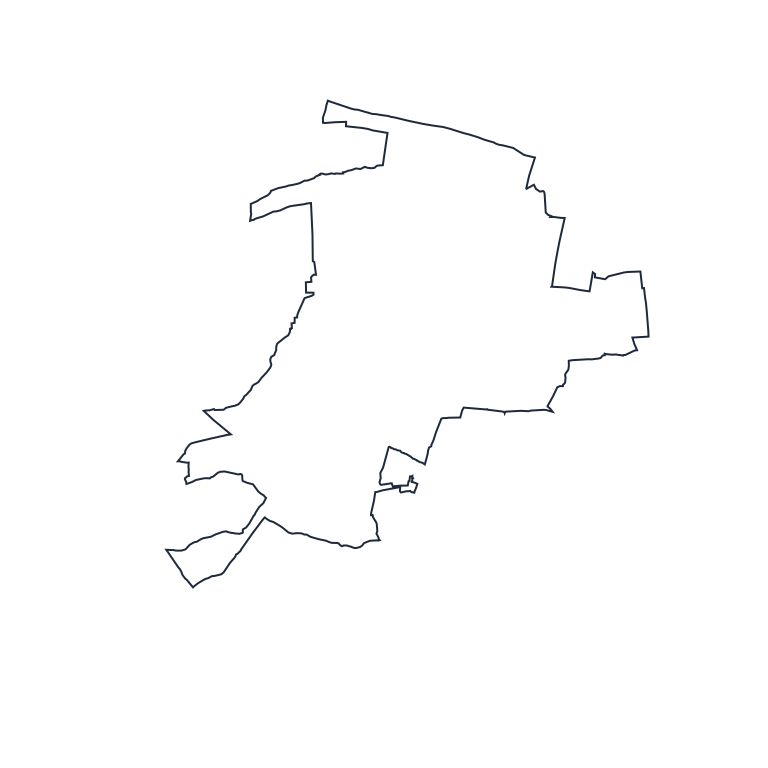 Suletea, Vaslui, Romania (Mercator projection), rotated 300°
{"feature_id": "2599482B74545700533017", "entity_name": "Suletea", "entity_type": "district", "adm_level": 2, "iso_a3": "ROU", "parent_name": "Romania", "parent_adm1": "Vaslui", "projection": "mercator", "projection_center": [27.899, 46.299], "detail": "fine", "context": "isolated", "style": "outline", "palette": "slate", "viewbox_px": 768, "rotation_deg": 300, "n_neighbors": 0, "source": "geoboundaries", "source_scale": "gbopen_adm2", "svg_char_len": 6154}
<svg xmlns="http://www.w3.org/2000/svg" viewBox="0 0 768 768"><g transform="rotate(300 384 384)"><path d="M597.1,561.2L596.0,559.8L609.6,549.8L603.1,539.4L600.6,536.1L589.5,524.6L585.3,523.1L581.8,513.3L584.8,511.8L585.1,509.0L567.0,515.7L563.7,507.6L559.7,496.1L557.8,491.8L552.0,480.4L553.0,480.5L573.3,472.4L583.8,468.6L595.4,464.6L618.1,457.5L616.1,453.7L613.6,447.6L611.9,444.7L613.0,444.9L612.5,441.6L613.3,438.4L629.0,428.0L630.4,426.6L630.6,425.2L628.6,423.0L628.9,418.2L631.5,414.2L624.3,409.8L624.5,409.4L637.1,405.5L655.6,401.5L652.8,392.3L652.4,390.2L653.0,377.8L650.2,368.0L648.7,364.0L648.1,360.7L648.1,358.3L645.8,349.1L644.7,342.1L642.8,333.6L641.1,327.5L638.0,313.5L636.1,306.6L632.5,297.8L628.8,287.8L624.0,273.1L620.3,260.4L618.8,256.4L618.2,253.6L615.5,247.1L613.9,242.6L612.1,239.0L608.4,224.2L606.8,220.7L606.0,217.6L601.8,197.0L601.3,193.7L596.8,194.7L591.5,196.5L584.1,197.9L579.7,200.6L581.0,203.1L585.9,210.2L592.1,220.1L588.2,222.2L594.7,236.8L596.8,242.4L598.0,247.5L603.2,261.5L572.9,273.6L570.0,269.3L569.1,268.5L566.6,267.8L565.5,266.5L564.4,264.9L562.9,261.4L562.5,258.8L558.5,256.2L556.6,251.9L553.0,248.9L550.6,246.2L547.8,244.0L546.8,242.6L545.9,243.4L544.1,240.7L542.3,237.0L541.7,236.9L541.4,236.4L540.0,233.0L537.7,230.6L536.2,228.6L535.4,225.4L534.5,224.0L533.7,224.2L533.5,223.5L532.9,223.2L532.6,223.5L529.4,221.0L527.4,220.6L522.4,216.4L521.5,215.5L520.4,213.5L516.7,211.2L514.4,209.3L509.8,204.3L508.7,202.7L505.9,200.2L500.8,194.5L494.7,189.5L492.9,189.9L489.6,189.1L482.3,184.3L478.9,182.7L473.3,178.6L466.5,182.6L464.8,184.0L458.4,186.4L460.1,187.9L460.9,189.0L462.2,189.6L464.1,191.1L468.7,195.5L478.1,202.1L479.6,204.4L482.3,207.2L488.0,211.2L491.3,214.1L498.8,223.7L500.5,225.8L501.5,226.6L504.2,230.3L477.9,247.2L454.8,260.9L454.8,262.6L444.6,270.5L443.4,268.4L440.7,267.5L439.8,267.6L436.2,270.0L433.0,265.5L424.2,270.8L427.8,277.3L426.1,278.3L424.2,277.3L418.7,272.3L403.2,273.9L399.9,274.6L398.2,275.5L396.7,273.5L392.3,276.0L390.2,273.6L386.2,276.4L385.7,276.2L385.4,275.6L385.1,275.7L384.8,275.1L381.9,276.5L378.2,276.7L374.5,274.8L366.1,271.5L365.2,271.4L362.2,272.1L359.3,273.8L355.6,274.1L354.7,274.5L354.0,274.4L351.2,272.8L348.7,273.1L346.5,274.5L344.7,276.5L344.0,276.9L341.2,277.3L335.5,276.6L327.9,274.8L322.9,274.3L320.1,272.8L318.7,271.8L316.6,271.1L312.4,271.6L305.5,270.1L303.6,269.2L301.2,269.4L296.4,268.8L293.4,268.0L291.9,266.6L290.6,265.8L288.6,263.4L284.3,259.0L281.9,258.2L281.4,257.8L276.8,250.4L277.3,249.3L274.1,246.2L271.7,242.5L270.6,241.4L267.6,254.1L263.8,276.6L261.3,273.4L250.9,262.1L238.5,249.0L235.9,246.6L233.9,245.8L229.4,245.2L226.7,245.3L224.2,246.4L223.1,245.6L214.0,244.2L214.8,245.5L215.5,248.0L217.4,252.8L218.3,254.2L215.0,255.8L212.2,257.7L209.5,259.1L206.9,261.1L205.5,259.6L203.7,259.2L202.8,258.7L202.1,259.1L200.1,261.8L198.6,262.9L203.2,266.8L206.8,269.1L212.1,275.0L213.7,277.4L215.2,280.4L217.0,281.0L218.5,282.4L224.1,284.5L226.1,286.1L228.5,289.6L232.8,302.9L233.5,304.0L234.1,304.2L234.4,304.9L234.4,306.2L233.9,306.9L229.9,309.5L229.4,310.3L230.0,314.9L231.5,320.4L231.5,321.0L228.0,328.9L227.5,331.9L227.4,335.6L226.8,337.1L226.4,338.8L220.4,339.1L216.2,337.7L214.6,337.4L208.4,337.1L206.3,337.4L204.7,337.0L195.7,337.1L190.6,336.3L187.6,334.5L186.7,334.8L184.9,336.0L184.3,335.9L182.0,333.7L179.9,329.3L179.6,328.1L178.8,326.3L177.6,322.6L177.5,320.9L175.5,318.5L169.6,313.4L165.1,310.4L160.1,304.6L157.5,302.7L153.9,300.8L152.5,299.2L151.4,298.3L147.5,296.1L141.6,294.8L140.1,293.5L138.3,291.7L137.0,289.4L135.7,287.1L135.0,284.9L131.6,278.4L122.4,297.5L121.5,300.1L119.2,303.5L118.5,304.1L117.6,305.6L116.0,309.4L115.9,310.8L112.4,320.3L113.9,320.7L118.8,322.7L125.8,326.7L127.8,328.7L131.5,331.0L133.3,333.5L137.8,338.2L140.6,339.3L152.4,340.1L158.8,341.4L160.7,341.5L162.3,341.1L163.7,342.0L167.8,343.2L168.7,343.0L189.3,344.8L207.1,347.0L208.9,347.5L208.6,348.8L208.4,352.4L208.5,354.2L209.2,357.4L209.1,364.3L209.0,367.0L207.7,375.1L207.7,376.2L208.7,379.7L211.0,382.7L213.0,386.3L213.5,387.9L213.8,390.2L214.7,391.9L214.9,392.6L214.9,396.8L217.0,405.2L219.3,412.1L219.7,415.7L220.3,418.2L223.1,423.2L223.2,424.4L222.5,426.9L222.5,428.8L224.1,429.9L225.7,432.9L225.9,434.3L226.6,436.7L226.9,439.4L227.4,440.8L228.2,442.1L230.8,444.7L232.9,445.8L236.3,446.3L241.3,450.3L244.8,455.7L245.7,457.5L246.6,458.4L247.1,456.9L248.6,455.6L250.6,452.3L253.2,451.8L259.3,447.6L260.4,446.2L262.9,441.5L263.8,440.5L264.5,440.1L264.8,439.6L263.9,438.3L266.4,437.2L278.1,433.6L286.0,430.5L287.1,432.0L291.0,435.7L302.9,449.6L299.2,451.3L298.5,452.7L299.5,454.1L302.1,456.7L303.6,459.2L304.5,460.0L304.1,462.1L304.7,463.1L305.0,464.6L306.5,464.1L309.1,463.9L314.2,462.8L313.8,459.4L313.1,457.0L315.5,456.4L316.1,455.6L316.9,455.5L317.1,455.9L317.6,455.1L318.6,454.5L317.5,453.8L317.0,452.7L312.7,454.5L312.1,453.9L307.9,455.3L304.2,449.0L299.7,442.8L301.9,440.3L295.6,432.4L295.1,431.6L295.2,431.1L296.5,429.3L301.2,428.1L302.3,427.1L305.2,425.3L311.2,425.0L331.7,419.6L332.4,420.2L332.5,421.4L332.1,422.3L332.7,423.8L332.5,425.3L333.2,426.7L333.4,429.2L334.3,431.3L333.6,433.2L333.6,434.2L334.2,435.7L334.0,436.6L334.5,438.0L334.4,443.5L333.8,446.7L334.2,447.4L334.3,449.9L334.1,450.6L334.4,451.1L334.2,451.5L334.3,454.0L335.0,456.8L334.7,459.6L344.9,456.9L348.6,455.4L351.6,454.8L353.7,456.1L355.3,455.4L359.9,455.0L368.5,453.1L382.7,451.0L384.3,452.6L385.6,454.9L387.0,456.7L393.1,466.8L399.8,465.0L403.4,464.8L413.4,486.0L413.7,486.0L413.6,486.7L419.6,500.9L419.6,502.6L419.1,503.1L420.7,502.9L429.3,516.1L432.6,522.6L434.5,524.6L441.6,535.4L442.5,537.3L444.2,543.9L445.6,540.6L446.2,537.8L446.2,537.0L446.7,536.7L458.5,536.5L467.9,535.7L470.2,537.5L471.6,540.0L472.9,539.4L474.4,540.0L475.3,540.1L476.1,540.0L480.0,538.2L482.3,536.4L483.7,536.0L488.5,536.5L492.2,535.0L496.5,532.4L498.8,535.2L507.1,547.8L509.5,552.0L512.7,556.2L514.3,558.1L515.4,558.8L517.2,558.9L518.4,559.5L519.3,560.8L520.6,560.0L521.0,561.6L523.7,567.4L525.4,569.8L528.2,576.9L528.8,576.9L529.8,578.5L538.3,584.3L539.8,586.3L543.9,580.7L548.4,575.9L557.3,589.4L561.9,586.5L578.5,575.1L585.5,570.1L589.1,567.1L597.1,561.2Z" fill="none" stroke="#1e293b" stroke-width="2"/></g></svg>